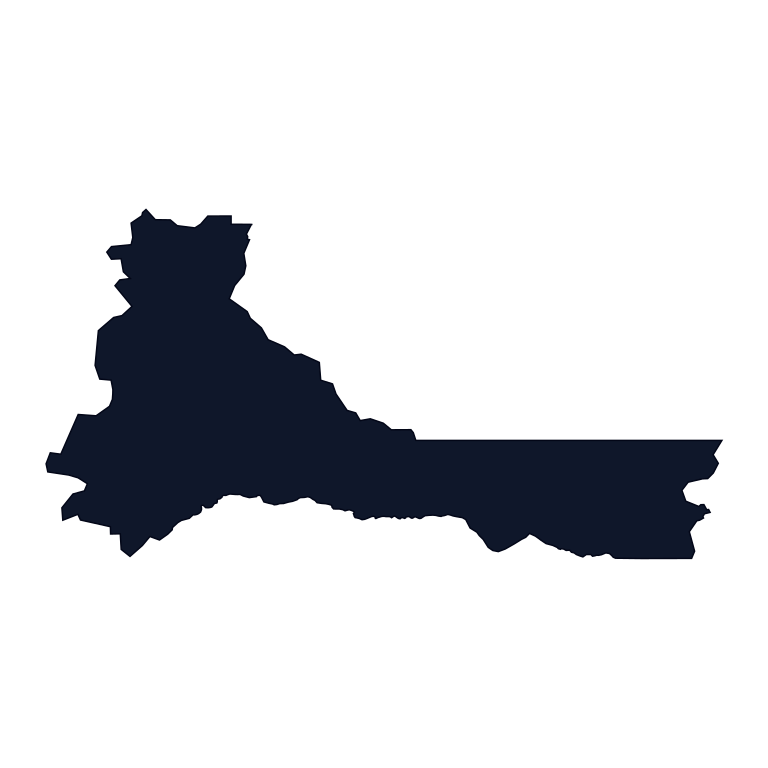 Marion, Oregon, United States of America
{"feature_id": "52423323B47476867607178", "entity_name": "Marion", "entity_type": "district", "adm_level": 2, "iso_a3": "USA", "parent_name": "United States of America", "parent_adm1": "Oregon", "projection": "robinson", "projection_center": [-122.538, 44.984], "detail": "fine", "context": "isolated", "style": "filled", "palette": "ink", "viewbox_px": 768, "rotation_deg": 0, "n_neighbors": 0, "source": "geoboundaries", "source_scale": "gbopen_adm2", "svg_char_len": 3881}
<svg xmlns="http://www.w3.org/2000/svg" viewBox="0 0 768 768"><path d="M98.4,330.6L95.1,365.4L99.8,379.1L111.1,380.1L112.9,389.6L112.8,393.8L112.4,399.4L109.5,406.3L96.1,415.8L78.2,414.5L60.8,454.2L50.3,452.8L46.1,463.8L47.8,471.9L68.6,475.0L78.1,477.8L87.4,483.7L84.4,490.9L73.0,494.0L61.9,507.8L62.8,520.2L77.9,514.3L80.5,520.0L110.4,526.7L110.6,534.0L120.3,533.8L121.2,549.4L130.0,556.4L142.4,545.5L149.9,536.5L159.5,540.0L167.7,534.2L172.2,529.8L172.5,527.5L177.8,522.6L181.4,520.4L189.3,518.3L193.2,514.7L194.2,514.9L195.6,514.7L197.1,514.3L198.6,513.6L200.6,512.0L201.5,509.6L201.5,507.8L201.0,506.4L201.8,505.4L203.3,505.3L204.4,506.4L205.6,507.6L207.0,507.7L208.6,507.7L210.1,507.5L211.8,507.0L213.1,505.3L214.3,503.6L215.2,503.3L216.8,503.0L217.3,501.8L217.2,500.0L218.4,498.9L219.8,498.9L221.9,497.3L222.4,495.9L223.6,495.3L225.9,495.4L227.9,494.6L229.8,494.0L232.4,494.2L234.5,494.4L237.3,494.5L240.1,494.4L243.2,496.0L249.3,497.6L256.5,496.6L257.3,495.4L260.3,495.4L261.6,497.4L263.9,501.9L268.7,503.2L270.6,503.6L272.6,504.0L274.2,504.8L276.9,504.5L279.7,503.6L283.5,503.5L288.4,502.1L292.6,501.3L297.1,499.7L298.5,498.4L300.3,497.6L304.5,497.4L307.8,496.7L310.2,497.4L313.0,499.4L315.0,500.4L317.1,502.7L321.6,503.4L325.6,503.7L328.2,504.2L330.4,504.8L331.7,505.4L332.1,507.3L333.6,508.9L336.3,509.0L339.4,509.0L342.9,509.7L345.0,510.8L346.5,510.4L347.9,510.0L349.6,509.8L352.1,510.7L353.9,511.5L354.4,512.0L354.0,512.8L353.4,513.5L354.0,515.3L354.3,516.4L355.2,517.6L356.5,517.8L359.4,518.5L362.0,519.7L364.7,519.3L367.1,518.4L369.5,517.4L371.4,516.6L373.4,516.2L374.5,516.7L375.4,517.3L375.3,517.8L375.4,518.4L375.9,518.5L377.2,517.9L378.3,517.4L379.8,517.0L381.4,516.5L382.8,516.3L384.2,516.3L386.1,516.6L387.9,516.6L389.2,516.6L390.5,516.8L390.9,517.2L391.5,517.7L392.1,517.4L393.2,516.6L394.3,516.0L395.4,516.4L396.4,517.1L397.6,518.0L398.9,518.6L400.1,518.8L401.1,517.9L402.1,517.5L403.4,517.9L404.6,518.4L405.6,517.9L406.0,517.0L407.3,516.7L408.2,516.6L409.5,516.6L410.2,517.4L411.5,518.1L412.5,518.1L413.7,517.5L414.7,516.7L416.0,517.0L417.7,517.8L419.1,518.4L419.9,518.5L421.2,518.2L422.3,517.4L425.0,515.7L427.0,515.5L429.1,515.3L432.9,515.1L436.0,515.4L438.3,516.0L441.1,516.4L441.9,516.0L444.6,515.5L447.8,514.4L450.4,515.0L453.0,515.9L456.4,516.6L459.8,517.2L462.3,517.6L465.8,519.6L470.1,528.0L476.9,532.2L479.3,535.6L483.2,539.4L488.2,547.3L492.8,550.5L498.3,551.6L505.2,549.0L509.8,546.4L514.2,543.9L521.6,539.3L525.7,537.3L529.5,533.4L535.4,536.1L538.9,538.6L541.0,540.2L546.1,543.6L552.8,545.4L557.2,547.4L558.4,548.7L560.4,549.3L561.4,548.7L563.6,549.0L566.1,550.4L569.7,550.2L571.4,552.2L574.2,552.9L576.3,554.5L579.8,555.9L582.9,556.9L586.3,554.5L590.9,554.5L592.5,556.2L594.8,555.8L596.7,555.2L598.6,555.3L601.5,554.7L605.8,552.9L609.5,553.5L611.6,555.4L613.2,557.2L615.5,558.2L641.8,558.5L684.9,558.4L691.6,558.4L694.6,551.2L689.3,531.7L696.8,520.8L699.6,520.2L703.5,518.0L702.8,516.8L704.4,513.8L710.1,512.4L708.6,509.5L706.7,509.7L703.9,504.6L700.8,504.7L698.9,506.5L685.8,501.2L681.9,490.3L688.1,482.2L702.6,478.8L707.7,478.6L713.3,473.0L718.3,463.3L713.1,454.7L721.9,440.4L707.4,440.4L415.8,440.4L413.3,432.7L410.9,429.7L391.3,429.8L383.3,423.2L370.3,418.8L360.2,420.6L355.7,412.9L347.1,410.4L336.0,394.0L332.5,383.9L320.7,380.2L319.3,362.4L301.2,354.2L294.2,355.0L284.6,346.9L268.1,339.7L261.4,327.9L250.3,318.3L247.2,311.6L229.2,298.8L234.7,285.5L244.0,274.2L245.8,265.8L243.8,253.3L249.5,239.7L247.3,239.2L247.7,236.6L246.4,234.1L251.3,224.6L252.4,224.4L240.7,224.3L231.1,224.3L231.1,216.0L207.8,216.1L200.7,224.2L194.9,227.9L177.2,225.7L170.3,219.9L155.3,219.7L146.0,209.5L142.6,212.5L141.9,215.8L131.1,223.1L132.8,237.5L131.1,244.7L111.5,246.6L106.8,252.1L111.4,259.2L121.1,258.7L123.4,271.8L130.3,278.5L119.8,279.9L115.0,285.7L132.0,306.4L122.0,315.6L113.6,317.5L98.4,330.6Z" fill="#0f172a" stroke="#020617" stroke-width="1.5"/></svg>